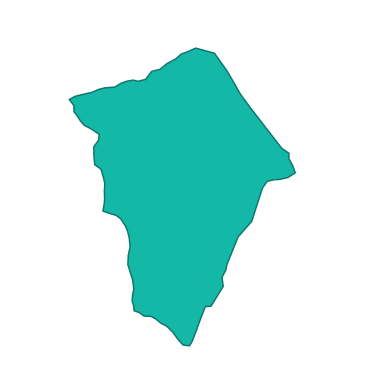 Cruz das Almas, Bahia, Brazil (Robinson projection), rotated 244°
{"feature_id": "56859067B52904526930124", "entity_name": "Cruz das Almas", "entity_type": "district", "adm_level": 2, "iso_a3": "BRA", "parent_name": "Brazil", "parent_adm1": "Bahia", "projection": "robinson", "projection_center": [-39.118, -12.685], "detail": "fine", "context": "isolated", "style": "filled", "palette": "teal", "viewbox_px": 384, "rotation_deg": 244, "n_neighbors": 0, "source": "geoboundaries", "source_scale": "gbopen_adm2", "svg_char_len": 1253}
<svg xmlns="http://www.w3.org/2000/svg" viewBox="0 0 384 384"><g transform="rotate(244 192 192)"><path d="M54.8,122.3L57.7,126.7L65.1,134.6L73.0,142.8L83.2,153.8L81.0,159.0L93.5,178.7L102.2,181.6L107.1,188.3L111.4,191.5L131.5,213.8L139.4,232.8L164.7,257.1L168.6,264.2L167.1,271.0L165.0,276.0L163.0,284.4L164.0,293.2L171.9,294.1L179.6,293.7L184.3,296.1L192.0,291.8L242.7,281.3L258.5,278.4L269.5,277.7L278.2,277.1L285.7,276.5L306.9,273.0L319.7,258.4L320.0,249.4L320.7,242.6L318.7,235.7L318.4,226.0L316.3,217.0L318.1,208.6L313.6,199.7L315.1,192.1L318.4,188.1L320.2,181.6L320.8,176.0L320.2,168.5L323.8,159.4L325.1,153.2L325.4,146.2L327.7,136.0L329.2,129.0L329.0,122.3L321.5,123.7L315.8,121.1L310.4,122.3L305.1,122.8L299.3,124.3L294.9,127.6L290.6,130.5L284.6,133.8L279.7,131.0L275.6,123.5L266.7,119.4L259.2,116.5L252.5,120.2L245.5,119.1L237.8,117.4L231.6,113.8L224.2,110.5L219.8,107.9L213.9,103.6L208.8,108.6L204.4,113.5L199.1,116.2L189.9,117.3L184.5,116.8L178.4,115.5L169.9,112.4L163.2,107.1L154.8,102.5L148.0,101.5L139.1,100.1L130.2,97.2L125.8,93.6L120.4,90.5L115.6,89.8L110.7,87.9L106.9,91.6L101.5,94.6L98.1,100.7L93.8,103.8L87.9,106.4L82.4,110.5L74.8,113.2L66.7,114.6L58.5,116.8L54.8,122.3Z" fill="#14b8a6" stroke="#0f766e" stroke-width="1.5"/></g></svg>